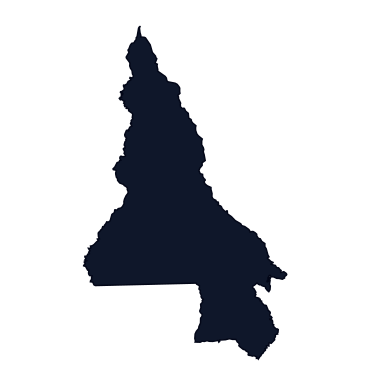 Filandia, Quindío, Colombia, rotated 275°
{"feature_id": "7082276B59907465773306", "entity_name": "Filandia", "entity_type": "district", "adm_level": 2, "iso_a3": "COL", "parent_name": "Colombia", "parent_adm1": "Quindío", "projection": "orthographic", "projection_center": [-75.673, 4.664], "detail": "fine", "context": "isolated", "style": "filled", "palette": "ink", "viewbox_px": 384, "rotation_deg": 275, "n_neighbors": 0, "source": "geoboundaries", "source_scale": "gbopen_adm2", "svg_char_len": 5991}
<svg xmlns="http://www.w3.org/2000/svg" viewBox="0 0 384 384"><g transform="rotate(275 192 192)"><path d="M289.2,171.4L291.2,170.9L294.4,170.7L295.7,169.9L297.9,167.9L298.9,165.7L299.7,158.3L300.8,157.2L303.3,156.5L304.8,155.2L309.4,147.3L311.1,147.2L314.7,146.1L316.3,146.3L317.1,144.0L321.7,145.3L322.8,144.2L324.2,143.8L327.6,140.3L335.0,137.5L341.5,132.2L341.9,131.2L342.0,127.4L343.4,127.4L346.2,126.3L350.5,125.4L351.8,125.6L352.7,126.2L351.8,125.1L350.6,124.5L342.0,123.8L340.9,123.0L338.9,123.1L337.6,122.1L335.5,121.2L334.8,118.9L332.7,117.7L329.1,116.7L327.8,115.9L327.1,116.1L326.3,116.9L325.3,116.9L320.7,114.7L319.7,115.0L316.0,118.3L314.7,119.0L312.2,119.0L309.9,120.0L307.8,121.7L304.4,122.4L302.7,123.5L301.0,123.2L300.4,122.5L300.7,120.3L300.0,120.1L299.0,121.3L298.1,121.2L296.6,118.8L293.8,117.7L293.2,116.6L292.2,116.1L292.0,115.6L292.7,114.9L292.4,114.5L291.6,114.5L289.5,115.5L287.8,115.4L286.0,113.3L285.7,112.2L285.2,112.0L284.9,112.4L284.9,113.8L284.2,114.5L283.7,114.5L283.5,113.0L283.0,113.1L282.5,114.0L281.6,113.1L280.2,113.6L280.1,112.5L279.4,112.6L279.3,111.6L278.9,111.4L277.6,112.6L278.0,114.4L276.7,115.8L276.6,117.0L274.5,116.2L273.8,117.3L272.4,117.1L271.2,117.7L271.1,119.5L270.7,119.7L269.6,119.3L269.5,121.4L269.0,121.8L267.4,121.8L265.1,125.7L263.9,126.2L261.0,126.0L259.7,126.6L257.9,125.2L255.3,125.7L255.5,125.0L254.9,124.8L252.4,126.3L251.0,124.2L249.8,124.1L248.8,123.3L247.9,123.9L247.4,123.7L247.2,123.2L247.9,121.9L247.6,121.3L243.5,120.0L242.1,120.2L241.0,120.9L240.6,121.7L240.0,122.1L238.7,121.5L237.7,121.9L236.2,120.9L233.4,120.4L232.6,120.5L231.7,121.5L230.9,121.2L229.9,121.5L229.6,120.2L228.9,119.8L226.3,121.4L224.5,121.0L223.1,122.4L222.2,122.5L221.7,122.0L221.1,120.2L221.5,118.1L220.9,117.4L219.5,117.1L217.5,118.3L217.1,117.2L215.6,116.8L214.7,114.8L210.2,113.0L208.1,111.3L207.4,111.7L207.2,113.8L206.7,114.7L204.3,114.3L202.7,114.6L200.1,115.4L198.9,116.6L197.1,116.9L194.7,119.2L193.6,123.0L192.4,124.1L192.0,125.3L190.6,127.2L188.8,127.3L186.7,128.4L185.1,128.3L182.6,126.7L179.1,125.4L176.6,125.0L174.4,125.3L171.4,124.0L169.8,122.5L169.0,119.9L167.4,119.0L167.6,117.5L167.4,116.6L164.7,116.5L162.7,114.2L156.2,113.0L154.8,111.4L154.8,109.6L153.1,109.0L151.2,107.7L149.8,107.4L149.7,106.1L147.0,105.4L146.2,104.4L144.5,103.5L143.6,102.4L142.4,102.2L139.3,102.7L137.4,103.8L136.9,101.8L136.3,102.1L135.8,102.9L135.3,102.9L134.0,101.3L131.1,99.0L129.7,97.2L129.3,95.6L127.8,96.1L127.0,95.9L126.9,93.7L124.5,95.4L123.0,94.3L121.7,95.1L121.0,93.6L119.0,92.8L118.6,90.9L117.8,91.0L116.5,92.2L114.8,91.1L114.2,93.0L112.9,90.8L112.2,91.0L111.7,91.9L111.2,92.0L109.5,90.5L109.0,90.5L108.6,92.5L105.1,94.8L105.0,96.1L102.3,96.0L101.2,96.3L99.9,97.2L99.7,99.8L97.6,99.4L96.4,99.7L94.8,98.7L93.7,98.6L93.6,101.0L91.0,102.4L90.4,103.8L101.6,203.9L100.5,204.8L99.4,207.5L97.7,207.7L96.1,207.4L95.6,207.6L94.7,208.9L92.3,208.8L90.0,210.3L88.4,210.2L87.3,210.9L86.1,212.6L84.8,211.6L83.1,212.1L81.0,210.4L77.4,211.0L74.1,210.1L72.5,211.0L71.5,212.5L70.0,212.9L68.6,212.6L67.1,211.6L62.2,211.9L58.4,210.6L56.6,210.6L53.6,208.5L50.8,207.5L46.3,207.6L43.8,208.4L42.8,208.2L43.1,213.1L43.3,213.8L44.3,214.9L44.2,217.3L45.2,219.9L44.8,222.2L45.0,225.7L46.4,230.9L46.3,231.2L44.8,231.8L45.6,232.6L46.9,232.5L47.0,233.0L47.8,238.3L49.1,242.0L48.7,245.5L49.0,248.6L46.6,250.2L45.9,251.4L44.7,252.4L43.1,252.1L42.5,252.5L39.7,256.7L39.3,258.8L38.3,259.7L37.3,262.0L36.5,262.3L34.7,262.1L34.3,262.8L34.2,264.9L33.8,266.4L34.4,268.4L33.7,269.5L33.5,270.7L31.9,270.7L32.2,271.9L31.3,272.6L34.2,274.1L34.9,274.9L36.9,275.6L37.5,276.7L39.4,277.5L40.7,278.9L41.3,279.0L42.4,278.3L43.3,280.3L45.3,279.6L45.6,280.8L45.3,282.0L48.2,281.8L48.5,282.4L48.2,284.1L52.0,287.2L53.5,286.8L55.1,287.7L56.9,287.4L57.3,287.8L58.0,289.7L58.8,289.3L59.7,289.9L62.5,289.9L63.0,289.0L62.9,287.9L64.4,285.8L65.7,284.7L66.8,285.0L67.2,283.9L70.5,283.5L71.4,282.9L71.8,280.6L72.3,280.5L72.7,282.0L73.8,282.6L74.9,281.7L75.2,280.5L76.6,280.0L78.3,280.5L79.0,280.3L79.8,279.7L80.6,278.3L85.3,275.9L85.6,275.2L85.3,274.2L87.2,271.8L88.3,271.0L89.4,270.8L89.6,269.3L90.9,269.3L91.3,269.0L91.2,268.2L92.1,267.9L92.7,264.7L93.2,264.0L94.2,263.9L95.3,264.6L96.5,263.9L97.7,264.4L101.1,262.1L101.8,260.8L102.4,260.6L103.8,261.0L104.7,262.4L107.0,264.6L105.8,266.4L105.4,267.7L105.7,268.6L104.7,270.0L104.1,273.1L103.7,273.5L102.6,273.7L100.5,275.6L99.4,277.2L101.4,278.2L105.2,278.2L106.7,277.2L110.6,277.5L111.8,277.1L113.3,277.7L113.8,276.7L113.2,276.4L111.9,276.1L109.8,276.4L109.0,274.8L109.5,274.5L109.8,275.0L110.4,274.8L110.7,275.5L111.9,275.3L111.9,275.6L112.7,275.6L113.1,275.1L115.6,276.3L115.8,277.2L114.6,278.1L114.5,280.9L113.4,283.9L113.5,286.3L113.0,289.6L114.4,291.7L115.7,291.5L117.4,293.3L118.3,293.5L119.2,292.8L120.6,290.4L119.5,287.4L120.0,287.2L121.6,287.6L122.4,286.3L124.0,284.9L124.1,282.8L126.1,281.5L126.8,276.9L127.5,277.0L128.4,278.7L128.9,278.9L129.7,276.6L132.5,273.0L133.2,273.0L134.1,274.3L135.8,273.1L142.0,270.8L143.9,269.3L147.0,269.1L148.8,265.8L151.3,264.1L151.6,262.2L153.8,260.4L155.6,260.1L157.0,258.3L157.9,256.4L157.9,255.3L157.2,253.4L158.8,252.6L159.8,251.6L162.2,247.5L162.8,244.5L164.6,243.3L167.3,237.5L170.8,233.5L173.3,229.3L176.2,228.8L176.3,228.4L175.4,227.3L175.6,226.4L178.2,223.3L179.4,222.9L180.5,221.9L181.5,219.0L183.0,219.4L184.2,219.0L184.4,217.1L185.8,216.5L186.7,214.0L187.5,213.1L189.2,212.2L192.2,212.1L196.1,210.7L198.2,210.5L199.5,206.7L201.1,204.4L202.9,203.2L203.9,203.4L204.9,204.1L205.6,203.9L206.4,202.7L208.3,201.3L210.5,201.0L211.0,198.6L213.9,197.0L216.4,197.7L219.4,199.8L222.0,199.5L224.5,202.4L230.3,200.8L233.0,199.7L235.4,200.0L237.1,199.4L239.9,197.5L243.7,197.2L245.7,197.6L248.5,193.4L250.3,191.7L253.8,190.2L256.4,189.9L258.4,190.1L260.7,186.7L262.6,185.1L263.6,185.1L264.3,184.5L265.3,182.3L270.1,181.4L271.9,178.7L274.6,177.1L274.7,176.2L274.3,175.1L275.7,173.2L278.0,172.7L279.5,172.9L284.1,170.3L285.5,170.3L287.0,169.4L289.2,171.4Z" fill="#0f172a" stroke="#020617" stroke-width="1.5"/></g></svg>